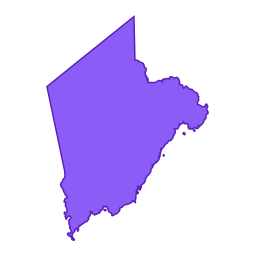 Baegu-Asifola, Malaita, Solomon Islands (Albers equal-area conic projection), rotated 89°
{"feature_id": "97153195B83644089590295", "entity_name": "Baegu-Asifola", "entity_type": "district", "adm_level": 2, "iso_a3": "SLB", "parent_name": "Solomon Islands", "parent_adm1": "Malaita", "projection": "albers", "projection_center": [160.871, -8.5], "detail": "fine", "context": "isolated", "style": "filled", "palette": "violet", "viewbox_px": 256, "rotation_deg": 89, "n_neighbors": 0, "source": "geoboundaries", "source_scale": "gbopen_adm2", "svg_char_len": 5862}
<svg xmlns="http://www.w3.org/2000/svg" viewBox="0 0 256 256"><g transform="rotate(89 128 128)"><path d="M16.7,120.1L58.9,174.6L85.2,208.3L170.8,191.9L172.2,192.0L173.9,191.8L175.9,192.0L177.2,192.6L178.1,193.9L179.3,194.0L180.6,194.7L181.5,195.8L183.2,196.4L184.8,196.1L186.4,195.3L187.5,194.2L189.1,193.9L190.8,193.2L191.8,192.6L192.3,191.7L193.0,191.8L193.6,192.0L195.2,190.3L196.0,189.8L196.8,190.3L197.4,192.0L199.2,192.8L200.7,193.2L201.4,192.3L201.3,191.5L201.7,191.3L204.0,192.1L206.9,190.8L209.5,190.4L211.0,190.4L211.5,191.8L211.1,192.9L212.9,193.2L214.3,191.5L215.6,192.4L218.0,191.4L216.1,190.0L214.9,188.6L215.7,187.1L216.9,186.6L219.5,189.1L220.8,188.4L222.7,188.8L225.4,187.6L226.3,188.2L227.6,187.7L229.1,186.8L230.2,186.6L231.6,186.7L232.0,186.9L232.1,187.1L231.9,187.5L232.2,188.2L231.9,188.8L232.1,189.7L232.4,190.0L233.1,190.3L233.6,190.3L234.6,189.3L234.8,188.9L234.7,188.4L235.2,187.7L236.0,187.2L236.4,186.2L237.4,186.0L238.1,186.2L239.2,184.7L239.3,184.2L239.0,183.7L238.6,183.6L238.2,183.8L236.9,185.0L234.9,185.9L233.6,185.5L232.7,185.0L231.6,185.0L231.3,184.6L231.0,183.5L230.1,183.0L228.4,182.7L228.1,181.4L227.7,180.9L227.2,180.7L227.1,180.2L226.1,178.9L225.5,178.5L224.9,178.6L224.7,178.3L224.7,177.3L223.3,175.5L222.1,173.5L221.2,172.5L220.7,170.8L220.4,170.3L219.5,169.8L218.8,169.1L218.4,168.9L217.2,168.8L217.1,169.5L216.9,169.5L216.6,169.2L215.8,168.6L215.6,168.0L215.3,167.8L214.6,167.6L214.2,167.2L213.5,167.3L212.9,166.7L212.2,166.6L211.1,166.9L211.6,166.2L211.3,165.8L211.2,165.4L212.6,165.3L214.4,162.7L213.5,161.9L213.6,160.8L212.6,159.3L212.7,158.4L212.6,158.1L210.6,156.7L210.1,156.7L209.7,157.0L209.5,155.7L208.6,154.4L207.3,154.4L206.4,154.0L206.2,154.2L206.0,153.8L206.5,152.9L206.4,152.4L205.9,151.8L206.4,151.0L206.4,150.5L206.6,150.2L211.1,148.8L211.7,148.3L212.3,147.2L212.5,146.2L213.4,145.8L215.1,145.6L215.4,145.4L215.3,144.8L214.8,143.4L213.9,142.8L213.7,141.0L213.4,140.5L211.9,139.4L211.3,138.4L210.3,137.8L209.5,137.5L208.3,137.9L208.0,137.8L207.4,136.2L207.1,135.3L206.4,134.8L206.2,134.4L205.1,133.5L204.4,131.8L204.5,130.3L204.1,129.4L204.0,128.9L203.0,126.7L201.7,124.9L200.9,124.9L200.8,124.7L201.3,123.9L201.2,123.1L200.6,122.3L198.7,121.4L197.4,121.3L196.0,121.5L193.1,120.5L192.2,120.9L191.7,120.6L191.4,120.0L190.8,120.1L190.7,120.6L188.7,119.1L188.2,119.1L187.2,119.5L186.6,119.4L186.3,118.2L186.8,117.9L187.0,117.7L186.6,116.0L185.9,115.9L185.6,115.7L184.0,114.0L182.7,112.3L182.2,112.1L181.3,112.1L180.7,111.6L179.0,111.3L175.9,109.3L175.0,107.9L173.5,107.1L173.0,106.5L171.1,105.8L170.4,105.8L169.9,106.0L169.1,105.4L168.9,105.4L168.4,104.7L167.5,104.0L167.0,103.8L166.7,103.9L166.1,103.6L165.3,104.7L165.2,104.5L165.5,103.8L165.5,103.2L164.7,102.8L164.5,102.4L164.1,102.1L163.4,101.3L163.0,100.4L162.2,100.4L162.1,99.3L160.0,97.7L159.0,97.3L158.5,97.7L158.4,97.4L158.1,97.4L157.8,97.2L157.3,97.3L157.4,96.8L156.8,96.4L156.4,96.5L156.0,97.2L155.7,96.6L155.3,96.2L155.0,96.4L154.5,96.2L154.2,96.3L153.9,96.1L153.3,96.4L153.1,95.9L151.5,95.3L151.3,95.5L151.0,95.2L150.1,95.1L149.8,95.8L149.5,95.7L149.8,95.2L149.8,94.8L149.5,95.0L149.2,94.9L148.1,93.1L147.3,92.7L146.8,92.1L145.5,91.3L145.2,91.4L144.6,90.5L144.5,90.1L144.3,89.9L143.9,89.2L143.3,88.7L142.5,88.4L141.9,87.6L141.4,87.5L141.3,85.9L140.5,85.1L140.4,84.5L139.4,84.0L139.0,83.5L137.7,83.0L137.0,83.0L136.0,82.2L135.1,82.2L134.7,81.6L133.2,80.6L129.5,81.6L130.0,80.7L130.1,80.2L129.9,79.8L129.9,79.4L129.6,78.3L128.5,77.6L127.4,77.4L126.8,76.7L125.1,76.6L125.7,75.9L125.5,75.5L125.1,75.4L124.3,73.4L123.5,72.7L122.8,72.5L123.7,71.7L124.5,71.6L124.8,70.5L124.6,70.3L124.6,69.8L124.4,69.5L125.2,68.7L125.4,67.9L126.6,67.8L127.0,67.5L127.5,68.0L128.1,67.8L128.4,67.4L129.2,67.6L130.2,66.5L129.9,66.1L129.5,65.9L129.9,65.6L130.1,65.1L130.0,64.7L130.3,63.9L130.1,63.2L129.7,63.3L129.4,63.0L129.0,60.9L129.2,60.6L129.1,60.2L128.8,60.0L129.8,59.2L129.7,58.5L128.4,57.1L127.7,56.9L127.1,57.3L127.4,56.5L127.0,56.1L127.1,55.8L125.3,53.8L124.0,52.7L121.5,51.7L121.0,51.7L120.9,51.1L120.7,51.1L119.4,49.8L118.8,49.9L117.6,49.8L115.8,49.3L115.3,48.8L115.2,48.0L114.5,47.7L113.4,48.3L113.2,47.8L110.6,49.0L109.7,48.9L107.7,47.8L105.5,49.0L105.6,49.6L106.4,50.3L107.6,50.3L108.0,51.1L107.9,52.1L108.2,53.4L107.0,54.8L106.2,56.4L105.7,58.0L103.6,58.1L101.2,56.7L100.2,57.3L98.2,56.6L97.2,57.7L95.9,57.5L94.4,58.1L93.5,60.0L92.3,61.9L90.7,63.0L90.4,64.0L90.3,65.8L87.6,68.4L87.1,69.6L89.3,71.7L88.5,72.6L86.7,72.4L85.8,73.2L85.6,75.5L84.6,75.9L83.7,75.4L83.1,75.7L81.0,76.0L79.1,77.1L78.2,78.2L79.0,80.4L77.6,83.4L77.6,85.1L79.8,86.0L79.2,87.1L79.3,88.0L80.0,88.9L79.3,90.0L80.0,92.2L80.6,92.9L81.6,92.4L82.5,92.7L81.3,94.5L81.0,96.4L82.9,99.8L83.1,101.4L82.8,103.6L83.0,105.4L82.7,107.2L81.9,107.0L81.1,107.4L80.4,106.9L80.1,107.1L79.9,108.1L78.9,107.2L78.4,107.6L78.1,108.7L77.3,108.8L76.5,108.5L76.2,108.9L76.2,109.7L74.5,109.7L73.8,109.5L72.7,110.2L71.0,108.9L69.8,108.8L68.6,108.9L67.8,110.5L66.0,110.7L64.0,111.5L62.9,113.0L62.0,115.7L61.0,116.1L60.2,118.9L60.2,119.9L16.7,120.1ZM190.1,117.2L189.9,116.8L189.6,116.6L188.9,116.5L188.5,116.7L188.1,116.4L188.0,115.9L187.4,115.8L187.6,116.6L188.8,118.6L189.3,118.8L189.7,118.5L189.7,117.8L190.1,117.2ZM135.7,71.6L134.9,71.0L134.0,71.4L133.7,72.6L134.2,73.0L134.7,73.1L135.2,72.6L135.7,71.6ZM210.3,152.6L210.3,152.0L209.9,151.6L209.4,151.6L209.5,151.8L209.1,152.0L209.2,152.9L209.8,153.1L210.1,153.0L210.3,152.6ZM230.2,180.2L230.0,179.8L229.2,179.3L228.3,179.2L228.3,179.6L229.9,180.4L230.2,180.2ZM132.3,62.1L132.2,61.4L132.0,61.1L131.5,61.4L131.1,61.4L131.4,62.0L131.4,62.3L132.3,62.1ZM156.6,92.9L156.5,92.5L156.1,92.4L155.3,92.7L155.3,93.0L155.8,93.2L156.6,92.9ZM193.6,119.3L193.2,118.8L192.3,119.0L192.2,119.1L192.9,119.6L193.6,119.5L193.6,119.3ZM202.7,121.9L202.4,121.8L202.0,121.8L201.8,121.9L201.9,122.2L202.5,122.4L202.7,121.9Z" fill="#8b5cf6" stroke="#5b21b6" stroke-width="1.5"/></g></svg>